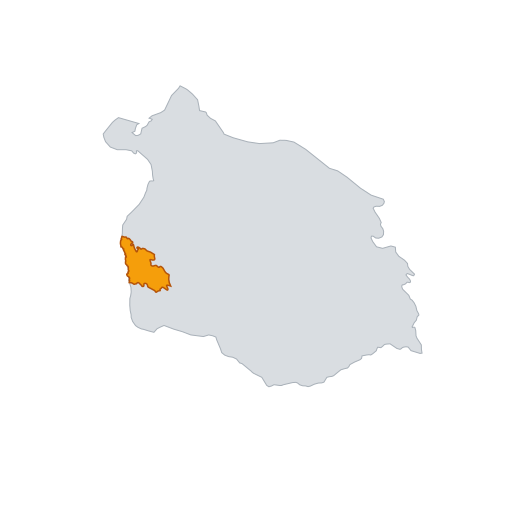 Iasi on a map of Romania (Natural Earth projection), rotated 208°
{"feature_id": "ROU-308", "entity_name": "Iasi", "entity_type": "County", "adm_level": 1, "iso_a3": "ROU", "parent_name": "Romania", "parent_adm1": "", "projection": "natural_earth1", "projection_center": [27.411, 47.195], "detail": "fine", "context": "in_parent", "style": "filled", "palette": "amber", "viewbox_px": 512, "rotation_deg": 208, "n_neighbors": 0, "source": "natural_earth", "source_scale": "10m", "svg_char_len": 6605}
<svg xmlns="http://www.w3.org/2000/svg" viewBox="0 0 512 512"><g transform="rotate(208 256 256)"><path d="M387.3,282.2L391.6,287.5L397.1,290.4L409.7,293.4L410.8,293.0L410.9,292.5L410.1,291.7L409.9,290.7L410.5,289.5L412.3,289.4L415.1,290.5L420.5,288.9L428.5,284.7L435.8,283.8L442.5,286.3L446.0,289.3L448.2,292.0L447.6,295.5L447.2,297.6L445.5,306.5L444.3,309.8L442.4,313.6L421.6,318.0L422.9,315.9L422.4,312.1L421.5,309.3L423.4,306.8L418.7,305.8L416.7,307.2L415.1,309.7L416.6,315.3L414.3,318.4L413.5,320.2L413.4,324.3L412.0,326.0L411.8,328.0L415.1,327.5L413.6,331.0L407.4,337.9L405.2,341.9L405.9,358.1L403.1,367.8L402.9,370.6L396.3,370.7L394.3,370.5L388.0,369.1L380.9,366.5L376.8,361.5L374.1,357.9L368.1,359.5L367.0,359.1L365.3,357.4L360.8,356.2L355.3,356.2L342.8,349.7L341.4,348.6L331.6,349.7L316.9,352.9L305.7,356.9L294.0,364.0L289.3,369.4L283.8,372.2L276.0,374.4L262.2,373.5L247.8,370.8L232.3,367.9L223.9,369.5L212.6,368.3L195.6,364.9L182.9,363.8L170.3,365.9L168.2,364.3L167.8,362.5L168.3,360.0L170.1,357.9L173.2,356.4L174.8,354.8L175.0,353.2L171.6,350.7L164.7,347.1L161.9,344.9L161.2,344.4L161.0,342.4L159.6,340.9L156.9,339.7L154.9,337.7L153.5,334.7L153.8,331.9L156.0,329.3L158.7,328.1L162.0,328.5L163.4,327.7L162.9,325.9L159.7,323.5L153.9,320.7L147.8,322.2L141.6,328.2L137.1,329.2L134.5,325.1L129.8,322.8L122.9,322.0L118.7,320.5L117.1,318.1L114.1,316.3L107.5,314.4L107.5,312.6L108.6,312.2L110.9,312.0L114.1,311.6L114.6,310.6L114.7,309.7L112.2,308.5L109.7,307.7L108.4,306.9L107.6,306.0L107.5,305.0L108.2,304.4L109.2,304.3L110.3,303.8L110.9,301.6L112.3,299.8L113.3,299.2L113.2,297.8L112.2,296.6L110.9,295.5L108.9,294.9L102.6,293.0L99.5,290.4L97.5,290.3L94.4,288.9L91.2,286.6L88.4,283.4L85.3,281.3L84.5,280.4L84.5,279.6L85.1,278.7L85.1,277.8L84.3,274.6L85.0,271.3L84.9,268.2L84.9,266.7L84.3,266.3L83.8,266.8L83.0,267.4L82.2,267.5L80.0,265.2L77.2,260.6L75.3,259.0L71.5,256.9L68.3,255.1L66.1,251.2L63.8,248.2L65.4,247.0L74.7,245.2L78.9,247.0L80.9,246.3L82.8,244.9L83.8,243.8L84.1,242.6L85.0,241.2L88.2,240.5L96.4,241.4L99.7,239.3L101.0,238.2L101.8,235.7L102.7,233.7L105.7,232.6L105.7,230.8L105.3,228.8L107.1,224.4L108.2,222.5L109.9,221.9L111.9,220.5L115.5,217.6L114.7,215.1L115.5,213.2L119.2,208.6L122.1,204.2L122.1,202.0L122.6,200.1L125.0,198.0L127.7,195.3L131.3,186.7L132.5,185.3L134.8,183.7L136.5,182.1L136.8,176.5L138.3,174.9L141.4,173.0L144.4,170.1L146.9,166.7L148.7,165.1L151.2,164.6L153.9,163.3L156.9,162.8L159.7,163.4L161.6,163.1L164.3,161.4L171.5,155.1L172.5,153.8L174.0,152.9L179.7,150.8L181.2,148.6L183.2,146.6L185.8,146.8L193.9,151.6L202.8,151.3L204.4,151.5L204.9,151.6L206.0,152.0L217.7,154.4L219.6,154.1L220.1,153.9L224.8,155.9L229.0,155.7L233.0,154.3L237.1,153.8L240.9,154.6L243.8,157.4L251.2,163.4L253.4,165.6L256.9,165.2L260.7,164.1L264.6,160.2L276.5,155.7L285.5,154.6L294.3,152.8L304.6,151.5L307.5,147.8L309.2,145.3L310.3,140.7L315.8,139.4L321.1,138.4L322.9,137.8L326.7,137.6L329.7,138.0L334.2,140.3L337.4,143.2L338.7,145.5L341.4,148.7L344.3,153.2L347.4,159.2L348.1,162.3L349.3,165.6L351.7,169.6L356.2,174.0L356.9,174.8L358.9,178.0L362.9,184.9L366.2,187.7L369.1,190.7L370.5,193.7L372.6,196.5L377.4,200.2L381.4,203.5L384.6,213.1L386.8,217.5L388.2,220.8L387.5,227.7L388.4,230.6L386.6,235.9L383.4,246.7L382.6,255.3L383.2,259.9L383.3,262.8L384.1,264.7L385.0,268.6L385.1,272.0L384.0,273.0L382.3,273.8L381.7,274.5L383.2,276.1L385.3,278.9L387.3,282.2Z" fill="#d9dde1" stroke="#a8b0b8" stroke-width="1"/><path d="M355.5,173.0L355.7,173.7L355.8,174.0L355.9,174.6L355.9,174.8L356.1,174.9L356.5,175.0L356.9,176.4L357.2,177.1L357.6,177.5L358.0,177.5L358.3,177.8L358.6,177.9L359.6,177.9L360.2,178.0L360.8,178.4L361.3,178.8L361.6,179.3L361.3,179.5L361.1,179.9L360.9,180.4L360.8,181.0L361.5,181.5L361.2,183.1L361.8,183.5L362.3,183.9L363.3,185.9L363.8,186.6L364.1,186.8L365.2,187.0L365.6,187.2L365.9,187.5L366.2,187.6L367.3,187.8L367.7,188.2L368.5,189.5L368.5,190.1L368.9,190.8L369.9,191.9L370.4,193.3L370.5,193.3L370.6,193.7L370.7,194.0L370.6,194.3L370.2,194.4L370.6,195.0L372.4,195.8L372.4,196.1L372.1,196.5L372.3,196.7L372.7,196.8L373.1,197.0L374.3,198.2L375.5,198.9L376.0,199.3L376.0,200.0L377.0,200.2L377.9,200.7L378.8,201.0L379.6,200.7L380.0,201.5L381.3,203.0L381.8,203.8L382.6,205.7L382.7,206.5L382.4,207.4L383.1,207.8L383.1,208.4L383.1,209.0L383.5,209.5L383.5,209.9L383.4,210.5L383.1,210.6L381.1,210.9L380.4,211.2L380.1,211.5L379.8,211.7L379.3,211.7L378.8,211.5L378.4,211.2L378.0,211.0L377.7,210.9L377.2,211.2L377.1,211.5L376.7,211.8L376.1,211.8L374.6,211.3L373.4,210.6L372.9,210.5L372.3,210.6L371.7,210.5L371.3,210.3L371.3,209.9L371.4,209.5L371.6,209.1L371.9,208.0L372.0,207.4L371.8,206.9L371.5,206.6L371.0,206.6L370.4,206.9L370.2,207.4L370.2,207.9L370.2,208.4L370.1,208.6L369.9,208.7L369.4,208.4L367.8,206.6L366.7,205.6L364.3,204.0L363.8,203.7L363.3,203.7L363.0,204.1L363.0,204.4L363.1,204.8L363.3,205.2L363.3,205.6L363.3,206.0L363.1,206.8L363.2,207.0L363.5,207.2L363.9,207.2L364.7,207.1L364.9,207.2L365.0,207.3L365.0,207.6L365.0,208.0L364.8,208.3L364.3,208.5L363.5,208.6L361.9,208.4L361.2,208.1L360.7,208.1L360.4,208.4L360.2,208.8L359.9,209.2L359.5,209.6L358.0,210.0L357.3,210.1L356.3,209.8L355.6,209.6L354.8,209.4L354.1,209.4L351.0,209.9L346.4,209.6L346.1,208.9L345.9,208.5L345.2,207.4L344.3,206.4L343.9,205.8L343.9,205.2L344.1,204.7L344.7,204.3L345.3,203.9L346.1,203.7L347.3,203.4L347.6,203.2L347.8,202.8L347.5,202.4L347.0,201.8L346.1,201.1L345.6,200.6L345.2,200.1L345.1,199.6L344.9,199.2L344.6,198.8L344.1,198.5L343.2,198.4L342.5,198.6L342.0,198.9L340.6,200.3L340.1,200.6L339.7,200.8L338.9,200.7L337.0,200.3L336.5,200.4L336.1,200.7L335.8,201.6L335.5,201.9L335.2,202.1L334.6,202.1L332.9,201.8L331.9,201.3L329.5,199.7L328.0,199.0L326.8,198.7L325.9,198.7L325.1,198.7L324.4,198.7L323.9,198.5L323.5,197.8L323.3,197.0L322.1,194.4L320.0,191.7L317.2,189.4L320.3,188.8L320.7,188.5L321.1,188.1L320.9,187.7L318.4,185.7L318.0,184.9L318.1,184.4L318.8,184.2L323.0,184.7L323.9,184.5L324.3,184.3L324.4,183.8L324.5,183.2L324.9,182.2L325.1,181.7L325.0,181.2L324.4,180.5L326.0,179.1L326.6,178.1L326.8,177.5L327.1,177.2L327.4,177.1L327.8,177.1L328.6,177.6L329.0,177.8L329.6,177.9L336.4,177.9L336.8,178.0L337.2,178.2L337.5,178.5L338.1,179.2L338.5,179.6L339.0,179.9L339.8,180.1L340.4,180.0L341.2,179.7L341.6,179.4L341.8,179.1L341.8,178.6L341.1,177.2L341.0,176.8L341.1,176.4L341.4,176.1L341.9,175.8L342.3,175.7L342.6,175.8L343.3,176.3L344.4,176.5L345.1,176.7L345.8,177.1L346.4,177.2L347.5,177.2L347.9,177.0L348.3,176.6L348.4,175.7L348.6,175.3L349.0,175.0L349.4,174.7L350.1,174.0L350.5,173.8L351.0,173.8L351.6,173.9L353.3,173.9L355.5,173.0L355.5,173.0Z" fill="#f59e0b" stroke="#b45309" stroke-width="1.5"/></g></svg>